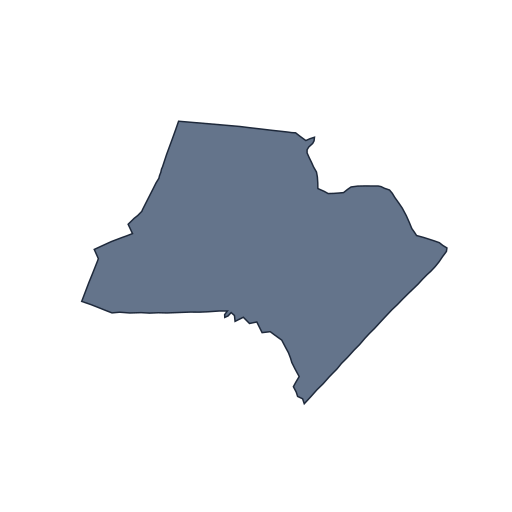 outline of Heet, Al-Anbar, Iraq, rotated 246°
{"feature_id": "34846034B36962706181157", "entity_name": "Heet", "entity_type": "district", "adm_level": 2, "iso_a3": "IRQ", "parent_name": "Iraq", "parent_adm1": "Al-Anbar", "projection": "albers", "projection_center": [42.654, 33.814], "detail": "fine", "context": "isolated", "style": "filled", "palette": "slate", "viewbox_px": 512, "rotation_deg": 246, "n_neighbors": 0, "source": "geoboundaries", "source_scale": "gbopen_adm2", "svg_char_len": 2096}
<svg xmlns="http://www.w3.org/2000/svg" viewBox="0 0 512 512"><g transform="rotate(246 256 256)"><path d="M410.6,240.1L403.9,233.8L396.5,226.7L385.1,215.6L375.4,206.8L373.8,205.0L371.2,203.1L368.6,200.5L366.5,198.9L363.5,194.5L359.3,189.4L348.6,176.2L344.6,171.3L343.2,169.8L342.3,167.5L341.1,164.5L340.0,160.1L337.0,152.1L326.7,152.3L327.0,146.0L327.4,140.9L327.7,135.4L328.0,130.1L328.0,126.5L327.8,110.9L317.7,110.9L315.7,109.0L306.6,99.7L299.5,92.3L285.4,78.3L278.8,85.4L273.2,90.9L270.2,93.8L266.5,97.4L262.6,101.3L260.1,108.6L255.3,117.5L251.0,128.0L247.1,135.6L243.9,143.7L240.2,151.5L236.1,161.7L231.5,173.2L227.8,181.3L224.6,189.4L220.7,200.1L218.9,204.1L217.4,207.5L215.2,203.5L212.6,202.5L212.6,206.1L214.4,210.3L210.4,212.1L204.8,210.3L205.2,219.5L197.0,222.6L195.4,229.9L183.5,230.4L181.1,238.2L175.9,241.1L168.7,245.3L160.7,245.8L154.4,246.3L148.7,246.0L144.2,245.4L137.2,245.7L128.3,246.4L124.4,240.9L121.4,237.0L115.3,237.4L110.8,236.9L106.6,240.5L101.4,240.0L105.2,248.9L109.1,257.5L112.0,265.4L115.7,273.5L117.6,278.2L117.7,278.5L119.9,284.1L123.1,290.4L126.1,298.2L130.2,307.5L132.9,314.5L136.5,322.0L139.1,328.1L141.7,335.0L144.4,341.2L147.4,348.2L148.1,349.9L151.7,358.5L154.1,365.4L157.0,372.5L159.8,379.9L162.2,386.6L164.5,392.9L167.1,398.8L169.4,404.7L171.0,409.6L173.4,415.3L176.2,420.8L179.5,426.1L182.7,431.8L185.7,433.7L186.0,433.5L189.6,431.0L193.6,428.9L197.4,424.9L201.8,420.0L204.9,416.5L209.4,411.0L212.6,410.5L217.7,409.5L224.4,409.7L231.7,409.7L240.2,409.1L245.7,408.1L253.0,406.6L257.9,406.0L262.0,404.8L265.6,400.9L268.5,398.5L270.3,396.0L273.1,389.7L275.7,384.0L278.5,377.3L280.4,370.9L279.6,366.7L278.3,361.8L279.9,357.1L281.6,352.4L283.7,347.3L287.3,344.6L292.4,340.0L292.6,340.0L297.5,342.1L303.2,344.2L308.1,345.4L314.0,344.8L318.9,344.8L324.1,344.6L329.4,344.6L332.3,345.9L334.1,348.5L335.8,353.6L337.6,355.9L340.7,357.7L341.2,353.0L341.2,348.5L343.6,347.1L348.2,344.5L352.4,342.3L354.2,338.8L356.5,335.1L360.2,328.8L364.5,321.4L370.1,312.0L375.7,302.5L380.9,293.9L386.0,284.7L410.6,240.1Z" fill="#64748b" stroke="#1e293b" stroke-width="1.5"/></g></svg>